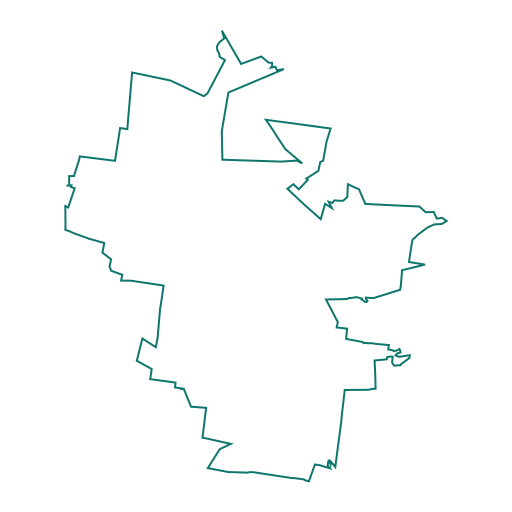 General Cepeda, Coahuila, Mexico (Albers equal-area conic projection)
{"feature_id": "50627088B43418129703441", "entity_name": "General Cepeda", "entity_type": "district", "adm_level": 2, "iso_a3": "MEX", "parent_name": "Mexico", "parent_adm1": "Coahuila", "projection": "albers", "projection_center": [-101.488, 25.544], "detail": "fine", "context": "isolated", "style": "outline", "palette": "teal", "viewbox_px": 512, "rotation_deg": 0, "n_neighbors": 0, "source": "geoboundaries", "source_scale": "gbopen_adm2", "svg_char_len": 4008}
<svg xmlns="http://www.w3.org/2000/svg" viewBox="0 0 512 512"><path d="M373.5,298.1L400.1,289.8L400.8,286.0L402.1,270.2L420.1,265.8L425.0,264.6L409.0,262.0L410.5,251.6L410.6,251.0L411.8,243.1L412.7,239.3L414.8,237.8L418.2,234.4L427.7,227.4L431.0,225.9L434.3,224.4L441.7,224.0L446.7,220.9L441.9,217.8L436.8,218.6L433.7,212.0L425.6,212.2L419.3,206.4L418.5,206.5L374.5,204.4L365.3,203.9L359.0,189.3L353.8,187.0L347.9,184.2L347.3,197.0L343.8,200.2L343.2,200.7L342.2,200.7L340.5,200.8L334.3,200.4L332.4,202.9L328.6,201.7L331.8,208.0L325.1,203.9L321.9,215.0L320.7,219.2L320.4,218.9L303.8,204.2L287.4,188.8L293.4,184.2L298.8,189.3L307.8,179.9L306.3,178.6L318.4,170.8L320.3,161.9L320.7,161.8L322.4,161.1L323.1,160.8L324.9,151.1L326.3,142.5L330.6,128.5L265.9,119.8L272.5,129.4L276.9,136.4L285.4,149.2L302.3,163.4L296.7,160.6L281.0,161.6L222.4,159.7L221.8,131.0L228.4,92.5L283.9,69.1L277.0,70.2L275.4,66.8L270.9,67.6L272.2,66.0L272.0,62.8L268.7,62.7L261.3,56.5L241.1,63.9L221.9,30.7L224.2,38.4L222.1,40.1L219.9,41.8L218.4,43.7L217.4,45.5L216.9,46.9L217.3,50.2L219.2,53.6L219.7,56.9L225.0,60.1L207.4,93.5L203.8,96.2L170.4,80.5L132.1,72.5L130.6,90.2L127.3,129.1L120.1,128.0L118.2,140.5L115.5,157.4L115.0,160.8L111.6,160.4L110.9,160.3L79.8,156.4L78.7,161.6L78.4,161.9L75.6,170.7L74.1,176.0L69.1,176.1L69.2,185.3L66.9,185.5L66.7,185.5L67.1,185.7L69.7,185.5L71.4,185.3L70.9,186.9L74.7,188.3L74.1,190.0L73.2,192.7L71.6,197.5L71.0,199.0L70.7,200.2L70.4,201.0L69.6,203.2L68.4,207.0L68.2,207.5L65.3,206.1L65.4,212.8L65.4,213.4L65.4,214.0L65.4,214.6L65.4,215.1L65.4,215.7L65.4,217.0L65.4,217.5L65.4,218.0L65.4,218.6L65.4,219.2L65.4,219.7L65.5,222.8L65.4,229.9L69.1,231.1L73.7,233.2L89.3,238.8L104.3,243.0L102.4,252.6L111.1,259.3L109.5,266.5L111.3,270.8L122.3,274.8L121.1,280.6L130.9,280.7L153.1,284.0L163.6,285.6L161.3,301.5L160.1,308.9L159.9,310.9L158.6,326.2L158.6,326.3L157.6,337.9L157.1,340.6L155.8,347.2L142.4,338.5L136.8,360.8L151.7,369.0L150.2,379.1L175.5,382.6L175.0,387.4L181.3,388.4L180.7,388.9L181.0,389.1L181.7,388.8L182.1,388.6L183.7,388.8L183.6,389.5L184.2,389.8L191.0,406.7L196.5,407.1L198.9,407.3L206.1,407.8L204.8,418.9L202.5,437.6L230.8,443.9L219.8,449.1L207.8,468.1L217.8,470.0L228.7,472.1L230.7,472.1L243.0,472.5L244.7,472.4L246.7,472.8L249.2,472.2L252.8,472.1L276.9,475.8L288.2,477.5L290.8,477.9L292.4,478.2L292.6,478.2L293.9,478.0L294.5,478.1L297.1,478.5L297.8,478.6L299.4,478.8L299.6,478.8L303.1,479.3L304.1,479.5L305.4,480.4L308.9,481.3L314.9,464.5L319.7,465.2L329.9,468.3L327.7,465.6L328.2,461.4L329.0,460.6L330.6,464.6L331.0,461.8L332.6,463.6L335.3,467.0L338.1,445.3L341.1,423.0L341.2,422.2L341.8,415.8L341.9,415.0L341.9,414.2L342.0,413.6L342.1,412.8L342.4,410.0L342.5,409.0L342.7,407.6L343.7,399.2L344.7,390.0L366.9,389.8L369.1,389.7L370.6,389.3L373.3,388.8L375.6,388.7L375.3,376.0L374.6,360.5L386.8,359.3L387.1,357.4L387.2,357.0L391.0,356.5L392.7,356.7L392.1,362.5L392.8,363.7L392.9,363.8L393.9,365.6L400.5,365.2L401.1,364.1L409.4,358.0L409.8,355.2L399.1,356.8L397.5,356.1L395.6,355.4L396.6,354.0L396.9,353.6L398.3,353.1L399.6,352.7L400.5,352.4L400.3,351.4L400.2,350.9L400.1,350.4L399.7,349.4L399.4,349.0L398.6,349.5L396.9,350.5L395.8,350.7L393.8,351.2L393.2,350.4L390.5,349.9L388.2,349.5L388.6,347.0L388.9,345.1L381.8,344.4L375.9,343.9L371.8,343.2L371.0,343.2L368.1,343.3L367.0,343.1L364.6,342.9L363.6,343.2L363.1,342.5L362.5,342.0L351.5,339.9L346.1,338.9L347.1,328.6L345.7,328.5L340.7,327.9L339.5,327.8L338.0,327.6L336.7,327.5L337.8,321.9L336.4,319.5L334.5,315.8L334.3,315.4L333.8,314.4L332.1,311.2L331.8,310.6L331.4,309.7L330.8,308.7L330.6,308.3L329.8,306.7L329.1,305.4L326.0,299.5L328.6,299.4L329.3,299.4L340.5,299.2L341.5,299.2L341.8,299.2L343.5,299.1L343.9,299.1L345.7,299.0L346.6,299.1L348.4,298.3L348.9,298.0L350.5,298.0L351.4,297.9L355.1,297.4L356.2,297.0L356.3,297.1L362.1,298.6L361.7,299.6L362.3,300.0L363.1,300.5L365.3,302.0L365.6,302.0L366.4,301.8L366.8,301.8L367.0,301.7L367.5,300.9L366.0,299.0L365.9,297.6L366.5,297.7L373.5,298.1Z" fill="none" stroke="#0f766e" stroke-width="2"/></svg>